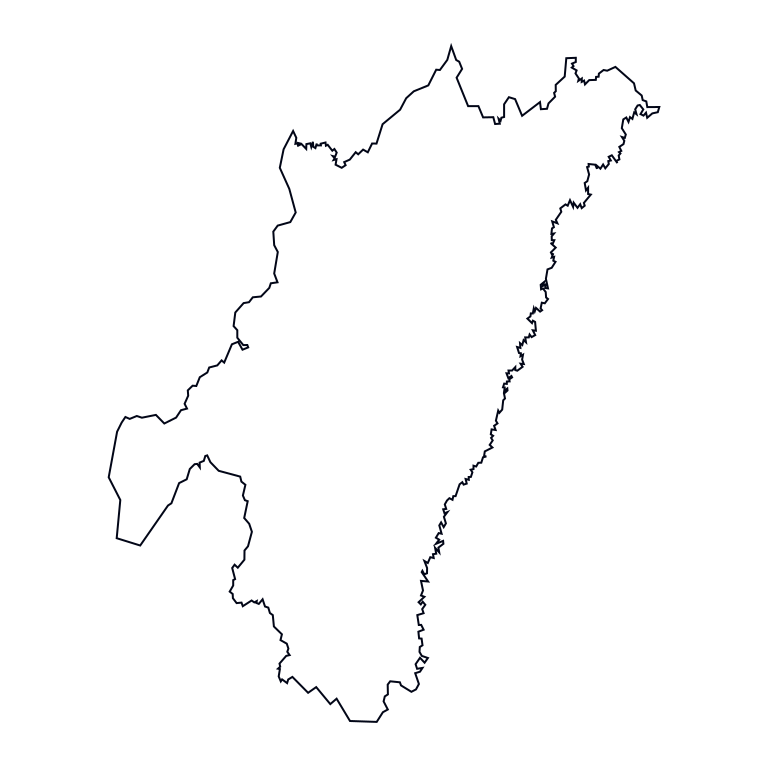 Balzar, Guayas, Ecuador
{"feature_id": "8360857B55301947791088", "entity_name": "Balzar", "entity_type": "district", "adm_level": 2, "iso_a3": "ECU", "parent_name": "Ecuador", "parent_adm1": "Guayas", "projection": "equal_earth", "projection_center": [-79.85, -1.302], "detail": "fine", "context": "isolated", "style": "outline", "palette": "ink", "viewbox_px": 768, "rotation_deg": 0, "n_neighbors": 0, "source": "geoboundaries", "source_scale": "gbopen_adm2", "svg_char_len": 6084}
<svg xmlns="http://www.w3.org/2000/svg" viewBox="0 0 768 768"><path d="M659.3,107.0L647.3,107.1L646.3,101.4L642.7,100.1L641.7,95.5L635.7,90.5L634.0,83.3L615.4,66.9L607.2,70.7L603.6,70.0L598.9,73.6L598.6,76.7L596.1,76.9L595.8,79.9L589.2,80.1L585.0,84.4L584.1,80.6L581.7,81.9L581.8,78.5L578.3,80.9L578.9,78.5L575.5,73.4L576.6,70.4L571.8,67.6L573.5,66.1L572.0,63.6L575.8,62.0L575.8,57.8L566.3,58.2L564.7,76.6L555.7,84.9L555.8,91.2L554.1,92.9L555.1,96.7L548.5,103.4L547.0,108.8L540.9,109.2L540.0,102.1L522.1,115.8L515.1,99.1L508.9,97.2L504.1,104.3L504.1,117.0L501.4,117.7L500.6,120.7L498.6,118.7L499.8,123.7L495.1,124.0L493.3,117.2L483.1,117.4L478.4,106.1L468.1,106.1L456.6,77.7L462.1,68.9L459.2,61.7L456.2,60.0L451.2,46.1L447.3,59.9L439.9,70.0L436.2,69.7L428.3,85.4L413.8,91.3L406.2,98.2L400.1,109.7L382.6,124.2L376.5,143.6L372.1,143.5L367.8,152.3L363.1,149.6L358.2,154.3L355.7,152.2L349.8,159.6L344.2,162.1L345.6,165.2L341.7,167.8L335.6,164.7L336.5,159.2L333.6,160.0L334.6,158.2L332.8,156.1L335.1,156.7L336.7,152.6L334.4,149.0L332.3,150.7L327.7,144.8L325.9,145.7L325.5,142.5L320.7,143.7L320.9,145.4L316.9,145.4L316.7,143.6L315.4,148.1L313.3,146.8L312.9,141.8L311.3,147.0L310.3,143.3L306.4,144.1L306.2,148.9L301.2,143.7L299.0,143.2L300.1,144.7L298.1,145.7L297.3,143.3L295.4,143.8L296.3,137.8L293.1,131.0L283.6,149.3L279.8,167.8L289.3,188.9L295.7,212.5L290.3,222.1L277.7,225.6L273.3,231.6L274.2,245.2L277.8,252.0L274.2,273.5L277.5,282.3L270.8,283.3L269.3,287.9L261.0,296.5L252.8,297.3L249.0,302.2L243.6,303.1L235.3,312.5L233.6,326.1L237.3,330.2L237.3,337.7L243.3,345.1L247.3,345.0L248.2,347.4L242.5,349.7L238.1,341.8L231.9,344.3L224.2,362.6L221.6,360.4L217.3,365.4L209.2,367.5L207.3,372.5L199.8,377.2L196.3,386.0L192.6,385.7L187.8,390.4L188.2,395.7L184.6,403.8L187.0,408.6L181.0,410.2L176.1,417.6L164.3,423.5L155.9,414.9L141.9,417.7L136.8,416.0L129.7,418.9L125.4,417.0L121.7,422.5L117.1,431.7L108.7,477.3L120.3,500.0L116.7,538.2L140.2,545.5L168.0,505.5L171.4,503.3L179.1,483.1L186.7,479.3L189.8,469.0L194.6,464.2L197.2,463.9L199.8,467.4L199.6,462.6L203.8,460.9L205.3,456.0L207.2,455.4L210.4,462.2L218.7,470.8L240.2,476.6L241.4,481.6L245.4,484.8L242.9,495.5L244.9,500.2L247.7,501.2L244.2,518.0L249.2,523.8L251.9,531.8L248.0,546.3L244.5,550.5L244.4,559.7L237.8,567.7L234.6,564.7L232.2,568.0L235.1,579.1L233.2,580.1L233.2,585.5L229.7,591.6L232.7,594.0L232.9,598.2L236.6,603.1L241.5,602.6L242.8,606.2L251.6,600.5L254.3,602.4L256.7,601.1L256.3,602.9L258.8,603.9L262.6,599.3L265.0,606.5L268.3,607.6L269.9,613.0L272.8,615.1L273.9,626.5L281.9,634.3L280.5,640.1L286.8,643.7L288.4,648.6L287.3,651.8L289.6,655.1L286.2,655.9L279.5,663.6L280.2,666.7L278.0,668.7L279.9,669.1L278.7,676.4L280.8,681.4L282.1,679.4L287.1,683.1L288.2,679.5L292.4,676.9L308.1,692.8L316.2,687.1L330.3,704.1L336.6,698.7L350.0,721.0L376.7,721.9L382.9,712.2L387.8,709.5L383.6,701.4L384.8,696.4L387.9,694.4L387.7,684.6L390.2,681.3L399.9,682.3L401.0,685.4L411.4,691.8L416.0,689.4L418.9,684.0L415.2,673.2L420.0,671.7L422.5,667.9L417.1,668.8L415.6,664.2L420.0,657.8L424.6,662.7L427.9,658.0L421.8,655.9L419.5,651.9L419.8,647.0L422.5,645.3L421.6,638.6L419.1,638.4L418.4,631.7L423.6,629.7L421.2,624.9L418.8,625.0L417.3,615.1L423.6,613.2L422.2,609.1L425.3,604.8L422.7,601.7L420.8,604.4L418.6,602.2L424.4,596.8L421.0,595.5L423.0,590.5L421.0,580.9L428.1,581.5L421.7,572.1L422.4,570.8L424.3,574.3L427.0,573.3L427.1,568.0L424.4,561.0L427.8,563.0L430.3,557.2L433.7,558.0L433.0,554.2L436.2,553.7L435.1,547.8L439.2,552.4L438.4,547.6L443.4,543.8L443.1,540.9L436.0,543.8L439.2,539.7L435.9,537.7L438.7,533.1L441.6,533.7L439.3,525.4L441.1,522.4L443.7,527.1L445.9,523.4L443.9,516.8L447.4,512.1L444.5,513.3L443.2,509.3L446.2,508.9L444.8,504.4L447.0,500.5L449.4,498.2L452.5,499.8L453.3,496.1L455.6,496.1L459.6,484.3L462.3,482.2L463.6,484.6L466.7,483.6L465.6,479.0L468.8,479.8L468.7,477.0L470.9,476.9L472.4,472.3L470.7,469.7L473.5,469.1L473.5,465.7L476.2,466.5L478.3,462.8L481.3,462.7L483.0,457.3L486.3,456.5L484.1,455.9L484.8,451.4L492.4,447.5L489.7,444.9L492.7,440.4L491.1,437.9L493.1,435.8L490.8,434.3L491.6,429.4L495.6,430.0L494.1,425.8L497.5,423.4L495.9,420.7L498.2,410.6L499.4,412.8L502.2,409.6L503.2,400.3L505.0,398.5L504.0,393.6L507.5,390.5L507.3,388.5L504.2,391.0L504.7,387.5L503.0,387.3L504.2,383.6L506.8,383.9L506.9,381.5L509.6,381.4L509.3,379.3L512.1,377.4L511.4,376.0L508.3,378.1L506.5,373.3L509.0,373.4L508.5,370.5L512.1,370.5L515.3,367.1L515.3,370.1L517.3,370.7L522.6,366.8L520.6,363.7L523.8,364.0L522.1,359.6L523.0,354.7L520.5,356.2L520.9,353.3L519.0,353.0L517.1,347.0L520.4,347.9L520.0,343.1L522.3,345.0L523.6,340.1L526.0,342.3L525.2,337.4L528.8,337.4L529.6,334.5L531.6,337.1L535.2,335.1L532.8,330.3L535.9,330.7L535.1,321.9L532.9,320.7L532.0,323.1L527.4,318.6L530.4,316.4L530.8,313.4L532.8,313.5L533.8,308.4L534.8,311.3L536.0,307.9L540.1,311.6L542.1,310.2L540.6,308.4L541.8,302.7L544.8,303.3L548.0,299.0L546.1,297.5L545.7,292.0L543.0,288.5L541.1,289.3L540.7,284.8L544.2,281.9L542.7,286.0L545.5,284.5L545.2,288.0L548.0,288.4L545.9,278.8L547.5,269.4L551.7,267.8L555.5,261.8L553.3,260.7L554.1,256.9L551.7,257.6L553.3,253.4L552.0,254.6L550.9,252.4L555.7,247.6L550.6,243.0L552.7,243.8L554.3,240.2L551.8,240.1L551.7,236.3L554.0,233.5L551.4,233.9L552.0,228.4L553.9,227.2L552.2,221.4L557.4,223.3L555.8,219.8L561.3,211.8L560.3,208.4L565.5,204.4L567.7,205.7L570.0,200.2L573.1,206.9L573.7,202.7L577.5,207.8L580.2,204.2L581.7,208.1L584.7,205.7L583.9,202.9L590.8,194.6L588.1,194.0L588.1,187.7L586.0,190.4L584.7,183.0L587.3,181.2L589.1,174.5L587.1,167.1L588.8,166.6L588.6,164.0L595.2,164.7L597.0,168.8L596.9,165.7L600.4,168.7L603.1,164.5L605.3,168.3L608.8,164.0L608.3,161.1L610.8,160.5L608.7,156.8L611.8,155.3L617.4,163.1L616.3,160.9L619.4,159.4L618.7,155.5L620.4,153.5L619.0,152.1L621.3,150.9L619.3,146.9L623.5,144.1L624.3,140.8L621.9,137.0L624.8,137.9L625.8,134.5L621.8,128.2L623.3,119.4L626.3,117.5L628.5,121.9L630.0,117.1L632.4,118.9L634.2,112.4L636.5,114.2L635.2,109.3L637.6,105.5L639.8,105.0L643.3,109.4L640.5,114.1L643.5,115.6L646.0,112.7L647.2,117.8L652.3,113.4L657.8,112.2L659.3,107.0Z" fill="none" stroke="#020617" stroke-width="2"/></svg>